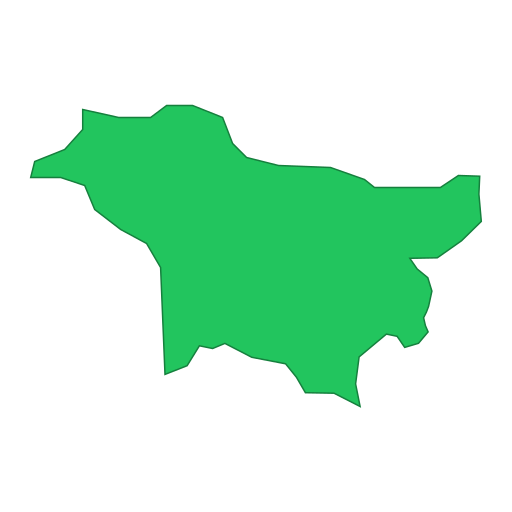 Alebtong, Mercator projection
{"feature_id": "UGA-5606", "entity_name": "Alebtong", "entity_type": "District", "adm_level": 1, "iso_a3": "UGA", "parent_name": "Uganda", "parent_adm1": "", "projection": "mercator", "projection_center": [33.268, 2.239], "detail": "fine", "context": "isolated", "style": "filled", "palette": "green", "viewbox_px": 512, "rotation_deg": 0, "n_neighbors": 0, "source": "natural_earth", "source_scale": "10m", "svg_char_len": 796}
<svg xmlns="http://www.w3.org/2000/svg" viewBox="0 0 512 512"><path d="M360.1,406.5L334.0,393.2L305.4,392.7L296.4,377.2L285.6,363.8L251.8,357.3L224.9,343.4L212.6,348.5L199.4,345.8L187.1,365.7L165.0,374.4L160.6,267.5L146.6,243.5L120.7,229.5L94.7,209.5L84.7,185.5L60.7,177.5L30.7,177.5L34.7,161.5L64.7,149.5L82.7,129.5L82.7,109.5L118.7,117.5L150.6,117.5L166.6,105.5L192.6,105.5L222.6,117.5L232.6,143.5L246.6,157.5L278.5,165.5L330.5,167.5L364.5,179.5L374.5,187.5L440.4,187.5L458.4,175.5L479.7,176.2L478.9,194.1L481.3,221.4L461.5,240.8L437.3,257.8L409.8,258.3L417.2,269.0L427.8,277.7L431.9,291.1L428.6,306.3L426.4,312.1L423.6,317.7L425.4,325.6L428.1,331.9L418.5,343.3L404.7,347.4L397.1,336.3L386.4,334.1L359.1,356.9L355.6,383.9L360.1,406.5Z" fill="#22c55e" stroke="#15803d" stroke-width="1.5"/></svg>